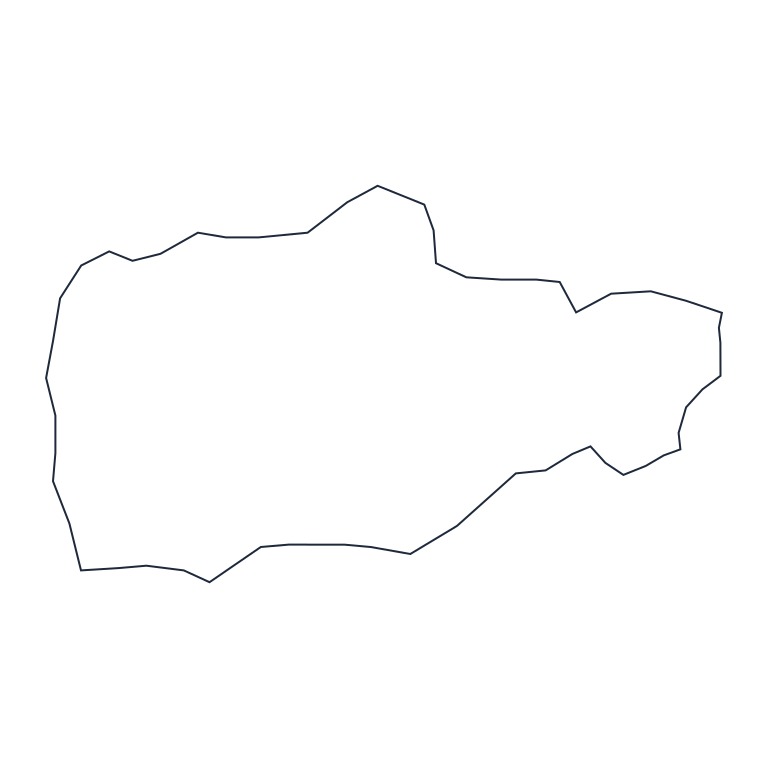 Aglantzia, Nicosia, Cyprus
{"feature_id": "46923920B61795376722759", "entity_name": "Aglantzia", "entity_type": "district", "adm_level": 2, "iso_a3": "CYP", "parent_name": "Cyprus", "parent_adm1": "Nicosia", "projection": "albers", "projection_center": [33.427, 35.144], "detail": "fine", "context": "isolated", "style": "outline", "palette": "slate", "viewbox_px": 768, "rotation_deg": 0, "n_neighbors": 0, "source": "geoboundaries", "source_scale": "gbopen_adm2", "svg_char_len": 790}
<svg xmlns="http://www.w3.org/2000/svg" viewBox="0 0 768 768"><path d="M721.9,312.8L685.8,300.7L650.8,291.3L611.1,293.7L576.1,312.4L559.7,282.0L536.4,279.6L501.3,279.6L466.3,277.3L436.0,263.2L433.6,230.4L424.3,204.6L377.6,185.8L347.3,202.2L307.6,232.7L258.6,237.4L225.9,237.4L197.9,232.7L160.5,253.8L132.5,260.8L109.2,251.4L81.2,265.5L60.1,298.3L53.1,340.5L46.1,378.0L55.4,415.6L55.4,453.1L53.0,481.2L69.4,523.5L81.0,570.4L118.4,568.1L146.4,565.7L183.8,570.4L209.5,582.2L260.8,547.0L288.9,544.6L344.9,544.7L370.6,547.0L410.3,554.0L457.0,525.9L515.8,473.4L545.6,470.4L572.5,453.9L590.5,446.4L605.4,462.9L623.4,474.9L645.8,465.9L663.7,455.4L680.4,449.3L678.6,432.9L686.1,407.3L702.5,389.3L720.5,375.8L720.4,342.8L718.9,327.8L721.9,312.8Z" fill="none" stroke="#1e293b" stroke-width="2"/></svg>